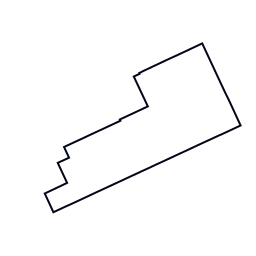 outline of Hidalgo, New Mexico, United States of America, rotated 245°
{"feature_id": "52423323B51310319192871", "entity_name": "Hidalgo", "entity_type": "district", "adm_level": 2, "iso_a3": "USA", "parent_name": "United States of America", "parent_adm1": "New Mexico", "projection": "equal_earth", "projection_center": [-108.78, 32.055], "detail": "fine", "context": "isolated", "style": "outline", "palette": "ink", "viewbox_px": 256, "rotation_deg": 245, "n_neighbors": 0, "source": "geoboundaries", "source_scale": "gbopen_adm2", "svg_char_len": 646}
<svg xmlns="http://www.w3.org/2000/svg" viewBox="0 0 256 256"><g transform="rotate(245 128 128)"><path d="M83.1,74.8L83.0,122.9L83.0,123.6L82.9,131.6L83.0,133.7L82.9,154.1L82.9,155.4L82.9,158.0L82.9,162.7L82.9,164.7L82.9,187.6L82.8,207.2L82.7,210.0L82.7,231.1L103.1,231.2L104.1,231.2L110.8,231.2L119.6,231.0L144.6,231.0L173.3,231.0L173.2,207.2L173.3,190.9L173.2,166.6L173.0,161.3L172.2,161.3L172.2,155.0L139.2,155.1L139.2,124.2L137.8,124.2L137.8,97.0L137.8,62.0L126.0,62.0L126.1,49.6L116.3,49.6L104.0,49.6L103.8,24.9L83.2,24.8L83.2,36.8L83.2,37.3L83.2,37.8L83.2,38.5L83.1,43.4L83.1,74.8Z" fill="none" stroke="#020617" stroke-width="2"/></g></svg>